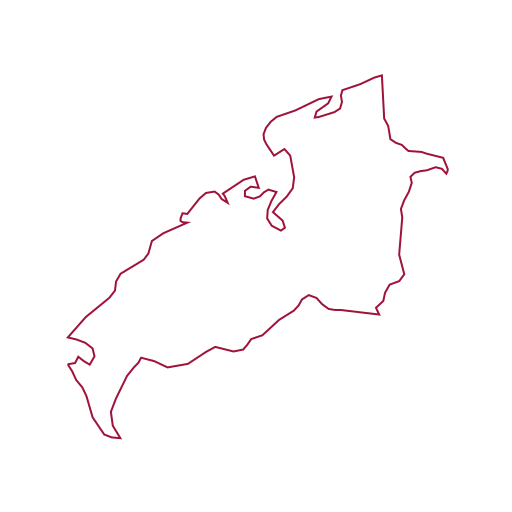 map outline of Trikuṇāmalaya (Albers equal-area conic projection), rotated 261°
{"feature_id": "LKA-2454", "entity_name": "Trikuṇāmalaya", "entity_type": "District", "adm_level": 1, "iso_a3": "LKA", "parent_name": "Sri Lanka", "parent_adm1": "", "projection": "albers", "projection_center": [81.128, 8.569], "detail": "fine", "context": "isolated", "style": "outline", "palette": "rose", "viewbox_px": 512, "rotation_deg": 261, "n_neighbors": 0, "source": "natural_earth", "source_scale": "10m", "svg_char_len": 2036}
<svg xmlns="http://www.w3.org/2000/svg" viewBox="0 0 512 512"><g transform="rotate(261 256 256)"><path d="M178.5,53.0L178.6,60.6L184.3,64.7L179.2,69.4L174.7,74.8L182.2,80.8L190.3,80.1L196.9,73.9L201.8,65.3L205.0,57.4L222.3,78.3L237.7,104.7L243.9,111.3L252.7,113.8L259.7,119.5L269.9,144.5L272.5,147.2L275.3,150.1L287.1,155.5L293.0,168.1L299.7,193.4L300.9,188.7L302.5,186.9L305.1,187.5L309.7,190.1L308.3,194.7L321.7,209.3L326.1,216.5L326.1,225.2L322.6,228.7L317.6,231.0L313.0,236.3L316.6,235.4L320.1,234.5L321.0,234.0L322.8,233.0L333.2,255.7L334.8,267.4L322.9,269.4L325.3,261.6L322.1,255.3L316.8,254.4L313.0,262.7L314.3,269.2L317.7,273.8L319.6,278.7L316.0,286.2L313.2,284.0L308.0,279.9L299.7,274.8L291.3,272.9L283.4,276.3L277.2,284.6L279.4,289.0L286.8,287.8L296.7,279.6L303.6,286.9L309.8,295.6L317.2,302.9L327.8,306.0L349.8,305.5L357.2,300.8L352.3,289.5L364.9,283.7L369.8,282.2L375.1,282.5L381.0,285.9L386.3,291.6L390.2,298.2L393.6,317.6L401.1,342.5L401.4,349.0L401.6,355.5L395.5,351.2L389.2,338.4L383.6,335.7L383.4,339.2L385.7,354.9L385.9,356.1L388.5,362.1L391.7,363.6L394.7,365.0L401.2,365.0L406.3,367.3L409.4,385.8L413.1,398.6L413.7,400.8L414.7,408.6L371.7,404.1L363.8,406.9L356.4,407.0L350.4,407.0L346.0,411.7L342.9,417.4L339.2,420.2L335.9,423.0L332.9,435.7L330.5,440.3L323.7,456.2L311.7,459.0L309.4,458.2L307.5,456.8L313.0,453.3L315.6,447.3L313.9,438.1L314.1,431.9L313.4,425.7L310.0,420.9L303.9,421.3L295.5,417.0L287.7,411.0L279.8,406.5L271.2,406.5L234.9,397.6L214.8,399.6L208.8,393.6L206.8,383.5L199.5,377.7L191.7,374.7L186.1,366.4L178.9,368.5L189.4,331.3L190.4,325.3L192.4,319.4L198.3,313.6L205.1,309.2L209.1,302.0L205.9,294.6L200.4,290.3L196.1,284.8L189.3,268.8L176.7,249.9L174.7,238.3L169.6,233.4L165.6,228.7L165.2,218.9L172.6,201.5L169.0,191.4L160.1,171.9L159.8,151.2L168.0,139.2L173.5,126.6L169.0,123.2L165.1,118.0L157.8,109.9L137.0,95.3L124.8,88.3L110.8,88.0L97.3,93.5L99.4,85.1L103.4,78.2L122.2,69.4L144.3,66.6L153.4,63.9L161.7,59.0L170.9,56.4L178.5,53.1L178.5,53.0Z" fill="none" stroke="#9f1239" stroke-width="2"/></g></svg>